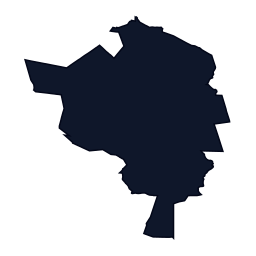 Santo Domingo Zanatepec, Oaxaca, Mexico (orthographic projection), rotated 89°
{"feature_id": "50627088B83008537786296", "entity_name": "Santo Domingo Zanatepec", "entity_type": "district", "adm_level": 2, "iso_a3": "MEX", "parent_name": "Mexico", "parent_adm1": "Oaxaca", "projection": "orthographic", "projection_center": [-94.338, 16.44], "detail": "fine", "context": "isolated", "style": "filled", "palette": "ink", "viewbox_px": 256, "rotation_deg": 89, "n_neighbors": 0, "source": "geoboundaries", "source_scale": "gbopen_adm2", "svg_char_len": 5433}
<svg xmlns="http://www.w3.org/2000/svg" viewBox="0 0 256 256"><g transform="rotate(89 128 128)"><path d="M237.3,104.8L237.7,95.3L237.9,88.7L237.7,85.5L238.9,84.4L204.5,83.8L204.3,83.2L203.6,81.2L202.6,78.0L201.7,72.9L201.6,72.7L201.3,72.4L196.6,69.1L196.7,60.1L196.2,57.1L195.9,55.9L194.2,57.7L193.9,57.9L193.3,58.2L192.7,58.7L192.1,58.9L191.5,58.9L191.3,58.8L190.0,58.9L189.0,58.8L188.8,58.6L188.4,58.1L187.9,57.6L187.7,55.7L187.7,54.6L187.6,54.2L187.4,53.6L187.2,53.5L186.6,53.5L184.9,53.9L183.8,53.9L182.5,53.8L181.3,53.5L180.6,53.1L180.2,53.2L180.0,53.4L179.8,53.6L179.7,53.8L179.4,54.0L179.0,54.0L178.6,53.7L178.1,53.3L177.6,53.0L177.6,52.6L177.2,52.1L176.4,52.0L175.0,51.6L174.8,51.3L174.6,50.9L174.3,50.3L173.9,50.0L173.3,49.5L172.9,49.4L172.3,49.4L172.2,48.5L171.6,48.0L170.2,45.4L169.6,44.7L168.8,43.7L167.7,43.4L167.6,43.6L167.3,43.7L167.1,44.0L167.2,44.4L167.0,44.7L166.6,45.0L166.4,45.0L166.0,44.6L165.9,44.3L165.8,44.1L165.6,43.8L165.3,43.6L165.0,43.5L164.8,43.7L164.4,44.0L163.9,44.1L163.4,44.0L163.2,44.1L162.7,44.4L162.3,44.8L162.1,45.4L161.9,45.8L161.8,46.4L161.9,47.2L161.6,48.1L161.5,48.6L161.2,49.0L160.7,49.8L160.0,50.4L159.3,51.0L158.2,51.5L157.2,52.0L156.7,52.0L155.8,52.1L155.4,52.4L155.0,52.6L154.7,53.0L154.4,53.4L154.1,53.9L153.8,54.2L153.4,54.4L152.9,54.8L152.5,54.9L152.4,55.2L152.1,55.4L153.0,33.5L137.1,38.3L125.5,41.9L123.6,26.3L122.2,26.5L112.7,29.4L110.9,29.7L97.1,33.6L96.8,39.7L96.6,39.8L96.2,39.8L95.4,39.7L95.2,39.7L94.9,39.7L94.7,39.7L94.2,39.3L94.0,39.1L93.8,38.9L93.7,38.8L93.5,38.6L93.3,38.5L93.1,38.5L92.8,38.7L92.6,38.8L92.3,38.8L92.1,38.8L91.9,38.8L91.7,39.1L91.0,40.1L91.1,40.7L91.1,41.4L90.7,42.0L90.7,42.4L89.9,43.2L89.6,43.5L89.3,43.9L88.9,44.3L88.6,44.6L88.3,45.0L88.0,45.2L87.4,45.8L86.8,46.3L86.3,46.7L86.0,47.2L85.9,47.4L85.9,47.8L86.0,47.9L85.9,48.6L85.5,47.9L85.3,47.7L85.1,47.5L84.8,47.4L84.5,47.4L84.2,47.2L83.8,47.1L83.5,46.8L83.1,46.6L82.9,46.5L82.5,46.4L81.8,46.1L81.5,45.9L81.1,45.7L80.9,45.5L80.6,45.2L80.2,44.9L80.1,44.6L79.8,44.1L79.7,43.6L79.4,42.9L79.3,42.6L79.2,42.5L78.8,42.6L78.7,42.7L78.4,42.8L77.5,42.7L77.1,42.4L76.8,42.4L76.6,42.2L76.4,41.8L75.9,41.5L75.5,41.5L75.2,41.6L74.9,41.7L74.6,41.8L74.3,41.8L73.9,41.8L73.6,41.8L72.9,41.6L72.1,41.0L71.6,40.7L70.9,40.2L70.4,40.0L69.9,39.7L68.7,39.5L56.8,43.1L55.3,45.9L51.3,52.5L49.1,55.0L48.9,56.2L47.1,59.7L46.6,63.1L44.1,67.9L38.8,77.3L36.8,80.8L35.2,85.0L33.8,88.7L33.6,89.3L32.7,91.9L31.8,92.1L31.1,92.1L30.7,92.0L29.9,91.8L29.4,91.6L28.9,92.3L28.0,92.8L27.9,94.3L28.1,94.9L27.9,95.9L27.8,97.2L27.8,97.9L27.9,98.9L27.9,99.2L27.8,100.1L27.7,100.6L27.5,101.7L27.5,102.4L27.6,103.0L27.7,104.3L27.8,104.4L27.8,104.6L27.7,104.9L27.8,105.0L27.7,105.3L27.6,105.5L27.4,105.7L27.3,105.9L27.0,106.1L26.8,106.5L26.7,106.7L26.7,106.8L26.4,107.2L25.8,108.5L25.5,109.1L24.6,110.6L23.6,112.4L23.3,112.9L22.4,114.4L21.7,115.0L21.3,115.1L21.0,115.4L19.9,116.2L18.9,116.9L18.1,116.8L17.1,117.7L17.1,118.0L17.5,118.7L17.4,118.8L21.3,119.0L20.5,122.5L20.9,122.5L21.6,124.4L22.1,124.8L22.6,125.2L23.1,125.6L24.6,126.6L24.7,127.0L25.6,129.7L25.9,130.5L26.1,131.4L27.4,135.1L27.5,135.1L27.5,136.1L27.5,136.4L27.4,137.1L27.3,137.6L28.0,137.7L27.8,138.9L27.6,139.5L27.2,141.3L28.7,142.4L30.7,144.0L30.9,143.2L31.1,142.1L31.1,141.9L31.4,139.9L31.6,138.7L31.7,137.9L31.9,135.6L33.7,135.0L33.9,134.9L35.6,134.3L35.8,134.2L37.9,133.5L38.2,133.4L40.7,132.5L41.2,132.3L42.3,132.0L44.3,131.2L44.9,131.0L46.1,130.6L47.6,131.8L48.2,132.4L53.0,136.5L53.3,136.8L58.1,140.8L54.8,144.1L53.6,145.7L53.5,145.8L52.3,147.0L51.4,148.2L47.6,152.0L44.8,155.0L45.4,155.8L45.9,156.6L46.0,156.6L46.6,157.5L47.1,158.4L50.8,163.8L52.7,166.7L53.1,167.3L53.4,167.9L54.5,169.6L54.7,170.0L56.1,172.0L56.7,172.9L58.0,174.7L59.1,176.6L60.7,179.0L61.4,180.1L64.4,184.6L64.5,184.6L64.6,184.8L66.9,188.3L65.3,195.7L59.5,223.3L58.9,226.0L58.0,229.7L78.4,224.2L82.9,221.4L85.9,221.1L88.2,221.4L88.4,221.6L90.1,219.7L91.8,206.6L91.9,206.2L92.0,205.3L92.0,205.1L92.1,204.9L92.2,204.2L92.4,202.6L92.5,202.2L92.5,201.7L92.9,199.2L93.0,198.4L93.0,198.1L93.1,197.8L93.2,196.7L93.5,195.1L93.6,194.1L93.9,194.1L103.6,192.2L107.4,191.5L109.8,192.2L110.3,192.4L111.5,192.8L114.6,193.7L115.3,193.9L115.9,194.1L118.2,194.7L119.7,195.1L121.1,195.5L124.9,196.6L126.9,196.6L134.6,186.9L134.0,191.6L141.2,183.8L142.1,183.6L150.1,166.9L149.1,153.6L154.1,145.5L154.4,142.6L154.7,140.4L156.6,137.2L156.9,137.0L157.7,135.6L158.4,134.5L158.5,134.2L159.2,133.0L164.9,129.7L168.5,133.4L168.7,133.9L169.1,134.0L169.6,134.1L170.0,134.4L170.5,134.8L170.9,135.1L171.1,135.4L171.4,135.7L172.7,137.2L172.8,136.4L172.8,136.0L172.8,135.6L172.9,134.9L173.2,134.7L173.6,134.4L174.0,134.2L174.8,134.1L175.6,134.1L176.5,134.0L177.0,134.0L177.7,134.2L178.5,134.4L179.3,134.4L180.2,133.8L180.8,133.2L181.2,132.8L181.6,132.6L182.0,132.1L182.6,131.7L183.3,131.3L183.8,130.6L184.5,130.0L184.8,129.7L185.6,129.1L186.3,128.6L187.0,128.4L187.8,128.1L188.8,127.7L189.4,126.9L189.9,126.4L190.3,125.9L190.8,125.4L191.4,124.7L192.0,125.2L192.7,125.5L193.2,125.6L193.4,125.4L193.6,124.8L193.5,124.0L193.3,122.9L193.2,122.1L193.2,121.4L193.3,121.0L193.5,120.2L193.6,119.1L193.6,117.8L193.5,116.8L193.3,115.7L193.2,113.8L193.3,112.0L193.7,111.1L194.3,110.1L194.7,109.3L195.0,108.6L195.3,107.9L195.4,107.4L195.6,105.6L195.6,104.7L196.0,103.3L196.0,102.4L196.0,101.8L196.0,101.0L196.0,100.7L196.2,99.6L217.5,107.1L223.8,111.3L225.7,111.0L233.8,114.0L237.3,104.8Z" fill="#0f172a" stroke="#020617" stroke-width="1.5"/></g></svg>